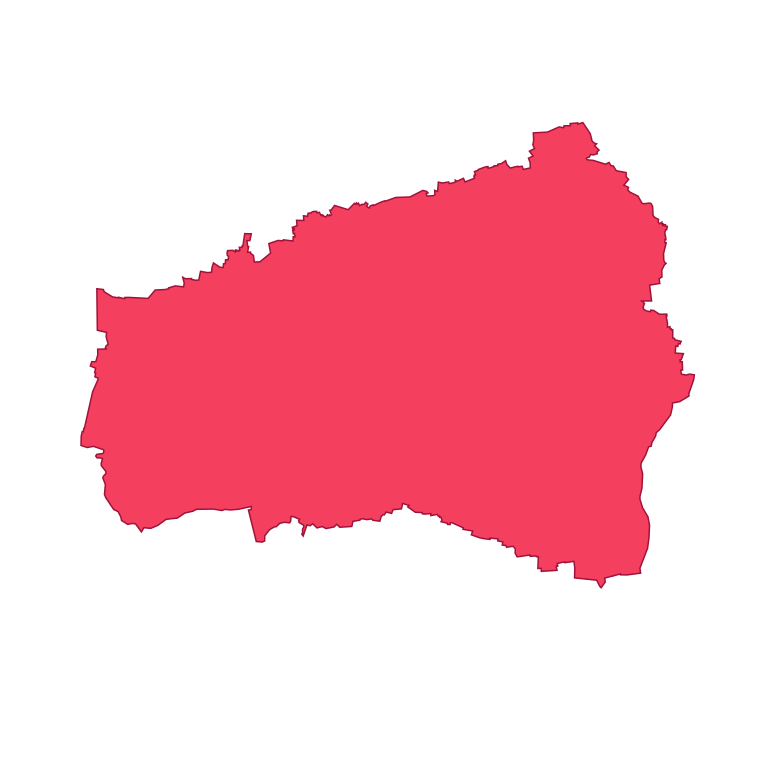 Bang Pla Ma, Suphan Buri, Thailand, rotated 352°
{"feature_id": "78962969B17811208429126", "entity_name": "Bang Pla Ma", "entity_type": "district", "adm_level": 2, "iso_a3": "THA", "parent_name": "Thailand", "parent_adm1": "Suphan Buri", "projection": "albers", "projection_center": [100.134, 14.346], "detail": "fine", "context": "isolated", "style": "filled", "palette": "rose", "viewbox_px": 768, "rotation_deg": 352, "n_neighbors": 0, "source": "geoboundaries", "source_scale": "gbopen_adm2", "svg_char_len": 6140}
<svg xmlns="http://www.w3.org/2000/svg" viewBox="0 0 768 768"><g transform="rotate(352 384 384)"><path d="M617.3,152.8L612.1,153.6L612.2,152.4L604.6,152.0L604.5,154.2L598.3,153.3L597.5,155.2L593.2,153.8L580.8,157.3L566.8,156.1L566.1,163.7L564.7,167.8L565.8,171.8L560.4,173.7L563.3,179.0L558.5,180.5L559.5,185.2L558.9,190.4L551.8,190.9L551.1,187.6L547.0,187.6L546.8,187.0L539.0,187.7L536.1,183.5L535.5,179.8L531.1,182.0L527.3,182.2L527.2,183.5L523.4,183.3L523.5,183.9L518.6,184.8L517.0,184.6L517.2,183.1L514.2,183.2L507.2,184.7L506.5,185.6L503.1,186.2L503.8,189.5L502.6,189.7L502.7,190.5L501.9,190.7L502.3,192.8L492.4,195.2L491.3,191.4L484.5,193.4L483.0,192.1L483.0,193.8L480.0,194.5L476.7,194.6L476.1,192.9L469.9,193.1L465.9,191.7L463.9,200.7L461.1,199.3L460.8,203.6L459.0,204.4L452.9,203.9L452.1,201.3L454.2,200.9L453.0,199.2L449.4,197.7L435.7,202.4L421.6,200.9L410.6,203.2L410.4,202.7L407.0,203.3L398.4,205.8L398.2,205.1L395.2,205.7L393.8,207.6L391.5,205.7L393.1,203.5L391.1,201.5L389.4,203.4L387.1,203.0L384.7,204.0L383.8,201.3L382.2,202.2L381.8,200.9L380.6,201.8L379.8,201.0L372.8,206.4L359.9,200.3L355.6,204.6L354.5,204.4L355.6,209.1L354.0,209.8L353.6,209.0L352.4,209.6L351.7,208.5L349.6,210.5L346.9,209.0L347.3,208.6L346.2,207.7L345.1,208.4L343.9,205.0L342.1,205.3L341.1,204.7L341.4,203.7L338.0,203.3L336.0,203.9L335.8,204.5L332.6,204.3L331.6,207.3L327.7,206.2L327.3,210.9L320.2,209.7L319.9,215.2L315.0,216.1L315.3,217.5L316.5,217.4L316.7,218.8L315.0,219.0L315.1,222.6L316.2,222.4L316.4,225.1L316.2,226.0L314.6,225.5L313.8,229.7L304.4,227.2L304.0,228.2L299.1,227.1L289.5,228.9L289.9,238.6L278.2,245.7L272.6,245.2L272.6,238.5L270.1,236.0L270.2,234.8L267.2,234.6L269.1,229.1L268.2,229.0L268.2,223.0L271.1,223.4L273.5,216.8L267.0,215.7L263.5,227.6L262.8,227.4L262.4,229.0L259.8,228.5L259.9,231.4L258.8,231.4L258.7,232.2L256.8,231.8L257.0,231.0L255.5,230.6L255.1,232.5L252.9,230.6L247.7,230.1L246.9,231.9L246.7,234.8L247.8,235.9L246.9,239.4L244.4,238.9L243.5,242.7L241.8,242.6L240.9,246.3L237.6,245.4L232.0,240.4L229.9,244.6L228.7,249.4L224.3,249.0L218.0,246.9L215.0,255.3L211.6,255.0L207.8,253.5L208.0,252.8L202.0,252.1L199.6,250.3L200.2,256.5L199.0,259.9L191.0,257.8L184.1,258.8L184.1,259.6L180.7,260.0L170.5,259.1L162.3,266.4L142.7,262.6L139.6,262.3L139.9,262.8L138.7,263.4L133.4,261.2L133.2,261.7L127.3,260.0L119.7,253.7L119.3,251.4L112.9,249.7L107.6,290.9L116.4,294.3L115.4,298.6L116.4,306.3L114.1,307.5L113.1,309.5L113.7,310.6L105.3,309.7L104.6,315.4L101.7,321.8L97.7,321.2L95.7,325.3L100.6,328.2L99.0,332.6L100.0,333.2L98.7,336.6L101.7,338.5L101.4,339.8L94.4,351.1L81.2,386.0L80.6,386.1L79.5,389.4L78.6,389.1L76.9,393.5L75.4,402.7L81.3,405.6L87.6,405.3L97.2,410.1L97.1,412.2L96.0,413.7L89.8,413.7L88.5,415.2L89.6,417.2L93.4,417.9L94.8,418.8L92.9,423.3L92.7,425.5L96.5,432.1L96.1,434.0L93.3,436.2L92.5,437.9L94.1,444.7L91.8,454.5L92.7,458.0L98.9,470.7L102.9,473.3L104.9,479.0L105.1,482.6L110.6,487.3L115.5,487.1L118.5,488.0L123.2,496.7L126.3,492.9L132.9,494.5L140.4,492.5L149.4,487.7L160.7,488.0L169.0,484.0L176.9,483.4L180.9,482.0L197.6,484.1L205.8,486.7L209.1,486.1L214.7,487.4L222.8,487.8L235.6,486.8L234.9,490.0L232.2,489.9L235.6,522.2L241.5,523.6L244.0,522.8L244.8,517.7L250.5,512.3L255.3,510.3L257.5,510.3L261.5,507.4L266.5,507.1L271.2,508.4L272.5,506.8L273.5,502.2L276.0,502.9L281.6,506.2L280.5,507.3L280.6,509.3L284.7,512.6L284.8,514.2L283.1,516.5L282.6,520.2L281.7,521.3L282.8,523.3L288.1,512.8L291.0,514.1L294.0,512.5L297.6,517.2L302.9,516.6L306.5,519.1L314.8,518.6L317.6,516.4L320.3,519.7L332.3,520.6L334.1,515.7L341.2,515.5L341.6,514.6L344.0,514.5L348.2,515.9L353.1,515.9L354.0,517.4L360.8,519.3L362.8,514.7L365.2,513.3L366.1,513.6L368.3,511.1L373.5,513.2L375.6,509.7L383.9,510.1L385.8,504.9L391.9,507.7L390.4,509.0L397.2,515.4L403.9,516.6L403.7,517.6L405.3,518.4L412.3,518.9L412.0,520.8L418.7,520.6L419.4,522.5L420.6,522.5L420.5,523.8L421.9,523.9L422.4,526.8L421.3,528.3L427.3,530.7L427.4,531.9L429.9,532.4L430.4,530.5L431.9,530.8L442.6,537.5L442.0,538.9L451.4,541.9L449.5,545.5L457.1,549.5L462.5,551.4L467.4,552.6L467.5,551.3L475.4,553.3L474.8,555.2L479.6,556.9L478.7,560.0L482.2,560.9L482.7,562.7L489.4,562.7L491.1,565.8L490.3,569.6L491.8,573.7L504.9,573.7L504.8,575.0L510.7,575.4L510.8,576.2L512.8,576.5L510.7,588.1L514.0,588.5L513.7,591.4L529.4,592.6L529.1,588.5L530.8,588.5L530.6,585.8L538.2,585.3L538.2,586.1L547.4,586.1L547.3,593.0L545.7,602.5L567.3,607.9L569.5,614.4L570.7,616.0L575.6,610.8L575.5,606.9L591.8,605.0L591.7,605.9L598.3,606.9L611.8,607.0L611.8,602.0L622.1,583.4L624.9,573.5L627.3,560.9L626.9,552.3L622.9,542.8L621.4,533.6L621.9,530.7L624.9,523.2L627.6,509.0L626.9,502.1L627.5,498.3L633.4,490.4L637.3,483.0L639.9,482.8L641.2,479.2L645.7,473.4L646.8,470.1L650.6,467.6L663.5,454.5L666.5,446.5L667.0,443.0L674.4,442.6L684.4,438.3L684.4,436.2L691.3,422.8L692.6,418.1L687.9,416.7L684.5,417.2L679.9,415.7L679.8,411.5L681.6,411.7L682.5,403.4L680.4,403.3L680.6,401.3L681.3,401.5L682.1,400.6L684.7,395.6L676.7,393.9L678.2,387.0L680.2,387.7L681.1,384.9L682.7,385.6L684.2,383.1L678.1,380.7L678.0,379.2L676.3,378.6L677.5,370.4L676.0,370.4L676.0,369.2L675.1,369.1L675.1,367.0L672.6,367.3L673.2,363.3L672.8,355.9L673.7,356.0L673.7,354.1L666.5,353.3L661.3,348.7L658.5,348.0L658.0,349.4L654.1,348.2L651.5,346.1L651.4,343.7L653.2,340.5L650.9,337.7L660.5,339.0L660.8,323.1L671.1,322.8L671.1,317.9L674.1,316.8L674.9,309.9L678.1,305.2L680.1,303.8L678.9,302.7L678.3,300.4L679.0,293.7L683.1,283.5L681.8,283.1L682.2,280.1L683.2,280.3L683.4,278.8L683.1,273.4L684.4,270.3L685.4,270.5L686.5,267.3L684.5,266.9L684.9,265.5L682.8,264.9L682.6,265.8L682.0,265.7L682.5,264.1L681.5,263.9L681.7,262.4L679.2,263.7L678.1,262.0L678.7,259.1L675.6,257.0L673.9,254.7L674.7,245.6L673.7,242.6L672.4,241.8L666.1,241.6L664.6,240.8L661.7,233.3L654.3,228.3L652.3,225.7L653.5,223.3L649.2,220.5L654.7,215.5L652.6,212.4L653.2,208.3L643.7,205.1L641.4,200.0L639.0,199.2L637.7,195.9L634.0,197.2L622.4,191.7L616.6,190.3L615.7,188.9L616.4,188.1L618.7,188.0L620.6,185.5L623.2,186.3L627.3,185.6L627.2,183.8L629.5,182.3L625.7,177.4L627.9,175.7L625.9,174.8L623.9,172.5L623.1,164.8L617.3,152.8Z" fill="#f43f5e" stroke="#9f1239" stroke-width="1.5"/></g></svg>